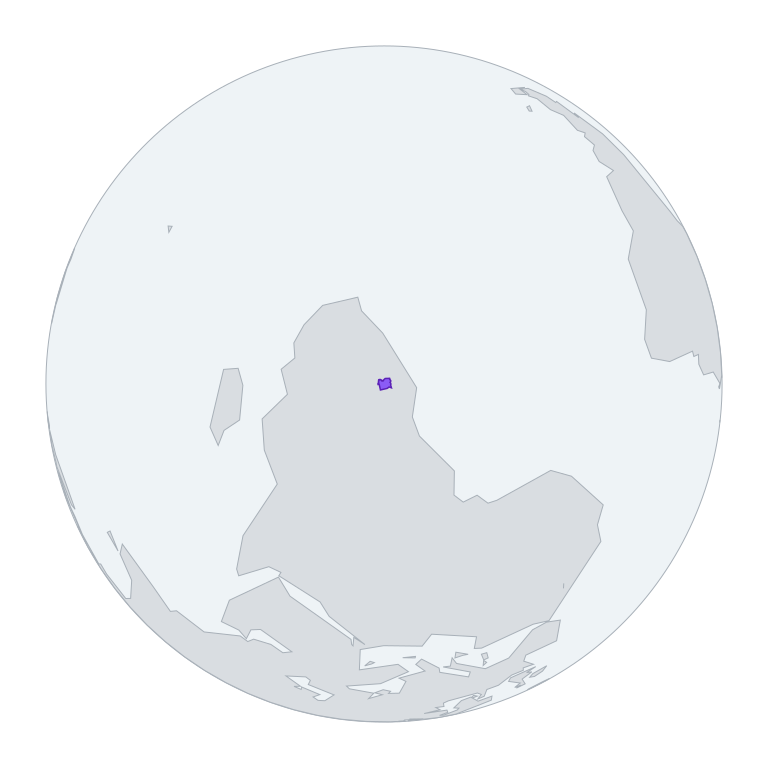 globe centered on Oshikoto, rotated 167°
{"feature_id": "NAM-3355", "entity_name": "Oshikoto", "entity_type": "Region", "adm_level": 1, "iso_a3": "NAM", "parent_name": "Namibia", "parent_adm1": "", "projection": "orthographic", "projection_center": [17.144, -18.609], "detail": "medium", "context": "on_globe", "style": "filled", "palette": "violet", "viewbox_px": 768, "rotation_deg": 167, "n_neighbors": 0, "source": "natural_earth", "source_scale": "10m", "svg_char_len": 5621}
<svg xmlns="http://www.w3.org/2000/svg" viewBox="0 0 768 768"><g transform="rotate(167 384 384)"><circle cx="384" cy="384" r="338" fill="#eef3f6" stroke="#a8b0b8"/><path d="M53.4,314.1L52.9,316.7L58.0,304.3L56.7,309.4L60.5,321.6L70.5,321.0L72.8,332.4L71.0,342.1L75.9,341.1L76.0,346.6L100.6,341.6L117.6,349.0L120.0,368.9L111.7,397.3L117.9,450.8L106.6,477.1L113.1,499.2L120.4,535.9L112.4,540.4L124.3,552.4L127.8,564.5L125.2,569.5L133.0,579.9L131.5,583.4L138.5,587.7L148.5,605.3L160.1,613.9L170.6,627.5L178.3,632.2L177.7,633.5L180.3,637.1L184.7,640.5L177.3,639.7L161.1,627.9L153.3,619.6L152.3,620.5L134.4,599.7L137.8,605.4L114.7,578.5L98.8,553.4L66.3,487.5L61.6,477.1L57.6,470.7L55.3,462.6L50.4,438.1L47.4,413.4L46.1,388.5L46.7,363.5L49.1,338.7L53.4,314.1ZM193.8,643.3L180.0,641.3L185.8,641.4L179.5,633.7L190.5,636.9L193.8,643.3ZM179.6,622.4L178.4,616.5L181.1,617.3L182.6,621.7L179.6,622.4ZM406.5,46.8L436.5,50.4L433.8,50.6L421.0,48.9L434.6,51.8L432.7,50.8L439.5,52.0L440.9,51.3L445.8,52.2L438.7,50.6L444.9,51.6L449.3,52.7L453.7,53.4L477.4,59.3L500.7,66.9L523.3,76.1L545.2,87.0L566.2,99.4L586.3,113.3L605.3,128.7L623.2,145.3L639.8,163.2L655.1,182.3L669.0,202.4L681.4,223.5L692.2,245.4L701.4,268.0L709.0,291.3L714.8,315.0L710.2,296.9L714.4,317.9L719.5,345.3L721.4,371.3L719.8,357.8L717.2,334.8L714.9,324.2L711.7,305.1L702.4,272.9L700.5,272.3L697.0,261.2L683.9,233.1L679.1,232.1L674.0,249.5L679.4,277.8L675.0,286.9L654.5,238.4L643.3,210.5L637.2,209.7L615.1,182.9L580.7,170.8L574.7,163.7L568.4,164.7L552.7,155.6L543.0,144.9L534.0,143.8L559.5,172.6L569.0,174.4L575.4,166.8L580.8,176.9L595.9,189.1L583.3,208.1L530.3,219.6L523.3,198.4L473.6,142.6L474.1,137.5L473.8,136.9L473.1,135.8L470.4,143.9L461.2,134.4L489.7,169.9L495.3,186.0L529.6,220.8L526.8,223.6L537.3,231.9L568.7,229.8L569.2,236.9L555.5,267.9L510.5,310.5L515.5,346.5L510.6,377.4L480.4,395.7L480.9,421.5L465.0,429.4L462.6,444.3L448.6,459.7L426.1,474.4L390.0,474.5L389.4,460.3L373.8,433.9L353.0,373.1L363.8,345.5L361.2,325.3L335.0,283.5L340.8,260.0L333.4,251.1L318.3,254.7L309.5,244.5L300.2,245.3L241.0,262.3L222.1,252.0L197.6,216.9L207.7,198.8L208.1,181.8L276.5,116.3L292.6,116.4L348.3,104.7L355.5,106.0L350.7,116.9L393.9,129.5L405.8,120.0L443.2,129.1L466.9,130.6L472.3,111.0L433.4,107.7L424.9,98.2L454.8,92.8L488.5,98.1L486.3,94.8L463.5,85.0L469.8,80.9L455.5,81.6L462.4,85.2L453.6,86.3L446.7,83.1L449.2,81.5L438.6,79.3L429.5,89.3L435.5,94.0L408.6,95.1L416.1,103.6L409.3,107.5L394.2,94.8L394.5,90.5L367.5,79.6L364.7,84.0L390.0,95.0L382.8,94.2L379.2,101.9L376.2,95.4L349.3,83.8L324.1,88.9L294.5,111.1L279.2,115.4L265.3,114.3L273.6,95.0L306.8,87.9L310.2,82.5L301.4,77.3L312.2,76.1L312.7,73.7L325.0,71.7L340.3,64.7L352.5,63.2L356.6,57.2L363.4,56.0L359.0,59.6L362.5,61.9L392.6,60.8L397.9,59.7L398.1,56.3L406.3,57.1L402.7,54.0L419.0,53.9L396.0,52.1L395.7,49.7L404.4,48.6L400.2,47.9L385.9,49.9L383.9,51.3L388.8,52.7L379.8,58.1L369.9,59.4L363.7,53.8L349.0,55.6L350.6,51.8L388.1,46.2L403.7,46.7L406.5,46.8ZM255.1,144.5L253.7,149.3L255.1,144.5ZM526.1,116.2L545.2,121.6L533.4,108.3L539.7,109.6L533.4,105.0L532.4,107.3L516.4,95.8L523.5,95.0L519.5,90.6L512.9,88.7L502.6,92.3L525.4,108.2L522.4,111.8L526.1,116.2ZM58.3,303.7L58.5,305.9L57.3,307.8L58.3,303.7ZM65.4,271.5L65.6,270.9L64.7,273.5L65.4,271.5ZM303.2,65.2L308.0,65.5L304.2,68.3L288.8,72.9L294.1,68.6L303.2,65.2ZM315.8,65.4L313.9,60.1L323.4,57.9L318.4,59.8L324.9,58.9L318.5,62.0L329.5,66.2L326.8,69.2L299.7,74.5L310.0,70.7L304.7,70.3L315.8,65.4ZM292.3,58.9L291.6,59.0L313.2,53.7L311.3,54.5L295.8,58.4L288.8,59.9L292.3,58.9ZM362.8,101.7L368.2,101.9L376.5,101.1L374.3,106.5L362.8,101.7ZM344.1,93.7L348.9,92.7L349.9,98.8L344.3,99.1L344.1,93.7ZM350.7,87.4L349.1,92.2L346.6,89.7L350.7,87.4ZM363.3,58.9L368.3,58.2L369.2,59.0L366.8,60.4L363.3,58.9ZM466.2,113.7L459.9,116.9L456.1,114.7L459.0,114.0L466.2,113.7ZM415.3,110.1L427.4,113.1L414.6,111.5L415.3,110.1ZM559.5,580.2L558.8,586.5L555.0,585.3L559.5,580.2ZM563.2,381.2L537.0,434.3L522.6,432.1L521.8,414.5L532.8,381.4L550.3,374.8L559.4,361.4L563.2,381.2ZM718.3,433.0L718.8,429.4L719.3,418.9L720.1,414.9L719.7,423.1L718.3,433.0ZM720.1,414.2L719.8,388.9L713.2,331.4L715.7,336.7L721.4,377.2L721.2,381.0L721.4,399.2L720.1,414.2ZM680.7,281.1L687.0,301.7L684.0,302.4L680.7,281.1ZM654.8,586.1L655.6,584.6L660.9,576.2L666.7,568.4L685.6,535.4L684.6,537.8L694.2,517.9L694.4,517.7L683.0,541.5L669.8,564.3L654.8,586.1Z" fill="#d9dde1" stroke="#a8b0b8" stroke-width="1"/><path d="M381.6,389.1L381.1,389.0L380.8,388.9L380.5,388.9L379.4,388.7L378.7,388.5L378.4,388.5L378.0,388.4L377.3,388.3L377.3,388.1L377.2,388.0L377.2,387.6L377.2,387.4L377.3,387.3L377.4,387.1L377.2,387.0L377.1,386.9L377.1,386.7L376.8,386.1L376.7,385.9L376.7,385.5L376.8,385.4L376.8,385.2L377.0,384.9L377.3,384.6L377.5,384.4L377.8,384.3L377.8,384.1L377.5,383.8L377.4,383.5L377.4,383.4L377.3,383.2L377.3,382.8L377.3,382.5L377.3,382.3L377.3,382.2L377.7,381.8L377.8,381.6L377.8,381.3L377.8,380.8L377.7,380.7L377.6,378.6L379.3,379.7L379.8,379.9L381.8,379.0L388.8,379.0L388.8,384.8L389.9,384.9L389.8,385.4L389.7,386.0L389.4,386.2L389.3,386.4L389.2,386.5L388.9,386.5L388.9,387.1L388.9,387.3L388.8,387.6L388.8,387.8L388.7,387.9L388.5,388.0L388.4,388.2L388.2,388.3L388.1,388.6L388.2,388.8L388.4,389.0L388.1,389.4L387.9,389.4L387.9,389.2L387.6,389.2L387.4,389.3L387.0,389.3L387.0,389.2L386.8,389.1L386.7,389.0L386.4,389.0L386.3,388.9L386.2,388.8L386.1,388.7L385.9,388.5L385.7,388.5L385.4,388.4L385.4,388.1L385.6,388.0L385.6,387.7L385.4,387.7L385.2,387.8L385.1,387.6L384.9,387.4L384.6,387.4L384.5,387.2L384.4,387.2L383.9,387.3L383.7,387.7L383.1,388.3L381.6,389.1L381.6,389.1Z" fill="#8b5cf6" stroke="#5b21b6" stroke-width="1.5"/></g></svg>